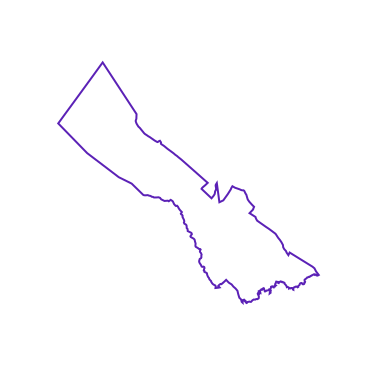 Faleata West, Tuamasaga, Samoa, rotated 116°
{"feature_id": "51752279B40564950197350", "entity_name": "Faleata West", "entity_type": "district", "adm_level": 2, "iso_a3": "WSM", "parent_name": "Samoa", "parent_adm1": "Tuamasaga", "projection": "orthographic", "projection_center": [-171.814, -13.871], "detail": "fine", "context": "isolated", "style": "outline", "palette": "violet", "viewbox_px": 384, "rotation_deg": 116, "n_neighbors": 0, "source": "geoboundaries", "source_scale": "gbopen_adm2", "svg_char_len": 4329}
<svg xmlns="http://www.w3.org/2000/svg" viewBox="0 0 384 384"><g transform="rotate(116 192 192)"><path d="M210.9,249.9L216.0,234.5L215.9,233.6L215.3,232.2L214.2,230.4L214.1,229.0L213.7,227.5L213.9,226.1L213.5,224.9L213.6,223.8L212.5,221.6L211.4,219.7L211.3,218.1L212.1,216.5L212.1,214.5L212.1,212.8L210.4,209.9L210.5,208.8L208.4,207.7L208.7,205.5L209.1,204.8L210.8,202.7L211.5,200.9L211.6,200.2L210.9,199.5L211.3,198.3L212.6,196.6L213.5,194.9L214.5,192.3L216.4,192.5L216.8,191.9L216.9,190.8L217.6,189.9L218.5,189.7L220.5,187.1L221.3,186.4L222.2,185.9L223.0,185.9L223.8,185.0L223.9,183.3L224.4,182.3L225.7,181.5L226.7,181.0L227.2,179.8L229.0,178.7L229.0,175.0L229.3,174.2L230.1,173.6L231.7,174.0L232.5,174.0L233.0,173.4L233.2,170.0L233.7,168.8L235.3,167.5L236.7,166.2L239.0,165.3L239.6,164.6L239.8,162.2L240.1,160.7L239.7,159.8L239.9,159.1L241.7,159.0L242.5,158.3L243.0,157.1L244.1,155.9L244.9,155.8L246.7,154.9L247.5,154.9L248.8,155.7L251.0,155.3L252.1,154.5L252.8,153.5L253.5,152.2L254.8,150.6L254.7,149.8L254.0,148.9L254.1,148.1L254.9,147.4L255.8,147.4L257.4,147.0L257.6,146.1L258.3,145.9L258.4,145.3L258.3,143.4L258.7,142.8L259.6,142.2L260.3,141.5L261.3,140.3L261.9,139.0L262.9,138.0L263.7,135.8L264.2,135.5L265.3,133.7L265.6,132.9L265.8,131.5L265.8,130.1L266.4,129.3L268.0,128.8L266.4,126.3L265.7,125.4L265.0,127.2L263.8,126.9L262.2,126.1L261.9,125.1L260.3,124.5L260.3,124.4L258.0,123.5L256.0,122.8L257.2,119.6L257.4,118.9L257.7,115.9L258.9,113.3L259.6,110.7L260.2,109.3L260.9,107.8L262.4,106.6L263.5,105.7L266.3,103.1L266.5,102.3L267.1,100.8L269.0,99.1L269.3,98.0L268.8,98.3L266.7,98.8L266.3,98.3L266.8,97.0L266.2,97.2L266.6,95.8L267.6,95.2L267.9,94.3L267.7,94.1L266.5,93.8L265.3,92.3L265.2,91.4L264.9,90.8L262.8,90.2L261.6,89.4L261.0,88.0L260.5,87.7L259.8,86.9L259.6,86.2L258.4,85.5L257.8,85.6L256.3,86.3L255.4,87.5L255.0,87.3L254.6,88.3L253.6,88.3L254.0,87.3L254.0,86.9L253.0,86.8L252.9,86.2L252.3,86.6L251.6,88.3L250.9,87.8L250.8,87.4L249.1,87.0L249.2,86.2L248.4,85.9L247.7,86.0L247.0,85.4L247.2,85.0L249.4,83.0L249.1,82.4L247.7,81.6L246.8,80.1L245.8,80.0L245.8,79.1L246.5,78.5L247.1,78.1L248.2,78.0L249.1,77.7L248.1,77.2L247.3,77.8L246.1,77.9L245.6,78.6L244.8,79.2L244.4,79.0L243.2,79.1L242.5,79.4L241.6,78.6L241.5,78.1L242.0,77.3L241.9,76.7L240.9,76.8L240.7,76.1L239.7,76.0L239.3,75.7L239.1,76.6L237.9,76.9L237.5,76.7L236.4,77.0L235.6,77.0L235.2,75.3L236.0,74.6L235.9,74.1L234.5,74.1L234.2,73.6L233.5,73.1L233.7,72.3L233.3,72.1L233.1,70.8L233.4,70.4L233.1,69.8L233.1,69.1L233.9,68.5L234.4,67.1L235.3,65.6L236.0,65.0L235.4,64.3L235.5,63.0L236.2,62.5L235.5,62.1L235.4,61.1L234.8,60.8L234.4,59.9L234.5,59.3L235.4,58.6L235.4,58.1L234.1,58.9L233.0,58.5L232.6,57.9L232.1,57.8L231.3,57.0L231.2,56.6L231.4,55.3L230.9,55.0L230.5,55.5L228.4,54.6L227.3,54.8L226.7,54.7L225.9,54.0L225.7,53.4L226.3,52.4L226.3,51.7L225.7,51.0L225.0,50.9L224.3,51.3L223.7,50.9L223.1,51.0L222.9,51.5L221.8,52.3L220.9,52.1L220.4,51.8L219.0,51.1L218.3,51.0L217.8,50.3L217.1,49.9L216.8,49.1L215.6,48.7L214.9,47.9L214.5,47.9L214.1,47.5L212.7,46.5L212.8,45.7L212.1,45.5L212.0,44.1L212.4,43.9L212.4,43.4L211.9,42.9L212.0,42.4L211.0,41.7L209.0,45.7L206.9,48.5L206.3,51.0L204.0,73.9L203.6,77.7L206.5,77.7L205.0,80.4L203.9,81.6L202.9,84.1L201.7,85.8L199.8,87.0L198.0,89.5L196.6,91.9L195.4,94.5L193.1,98.3L192.6,100.1L192.6,100.5L192.2,102.4L191.4,106.7L190.9,110.4L189.2,120.9L187.8,122.9L186.6,124.0L185.8,131.0L180.9,129.4L180.3,129.6L178.1,129.7L177.1,132.6L175.6,136.3L174.3,138.6L172.7,140.1L170.6,142.0L170.0,143.1L168.1,145.5L167.9,146.4L168.5,147.7L168.7,149.0L168.7,150.3L169.3,155.2L169.1,158.2L170.9,158.4L172.7,158.3L178.2,158.9L185.8,160.2L189.2,162.9L173.1,173.6L175.0,173.8L176.0,173.5L178.2,171.9L179.4,171.5L181.3,171.5L183.2,170.9L184.1,170.7L186.3,171.0L189.1,171.7L185.0,184.8L183.9,184.7L182.8,184.3L180.1,183.1L176.9,181.9L167.5,215.9L166.7,219.5L166.2,221.3L165.9,223.3L165.3,225.5L163.9,233.1L162.9,237.2L162.4,240.8L161.9,241.3L161.0,241.6L160.0,243.3L160.5,243.8L162.1,244.7L162.3,245.0L162.2,247.3L162.0,248.9L161.1,254.4L161.1,255.5L160.8,257.2L160.5,259.6L160.2,260.7L158.2,265.0L157.3,266.9L156.7,268.9L155.2,271.3L154.5,272.2L153.2,273.5L152.4,273.9L150.6,274.1L146.3,276.0L114.7,329.1L131.9,332.1L166.7,338.3L177.7,340.3L189.0,342.3L203.0,303.3L210.8,264.3L210.9,249.9Z" fill="none" stroke="#5b21b6" stroke-width="2"/></g></svg>